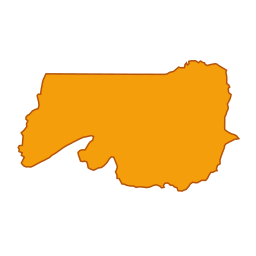 São Luiz do Norte, Goiás, Brazil, rotated 178°
{"feature_id": "56859067B41949017144878", "entity_name": "São Luiz do Norte", "entity_type": "district", "adm_level": 2, "iso_a3": "BRA", "parent_name": "Brazil", "parent_adm1": "Goiás", "projection": "mercator", "projection_center": [-49.272, -14.909], "detail": "fine", "context": "isolated", "style": "filled", "palette": "amber", "viewbox_px": 256, "rotation_deg": 178, "n_neighbors": 0, "source": "geoboundaries", "source_scale": "gbopen_adm2", "svg_char_len": 2545}
<svg xmlns="http://www.w3.org/2000/svg" viewBox="0 0 256 256"><g transform="rotate(178 128 128)"><path d="M208.1,185.0L211.1,179.0L212.1,175.6L212.6,172.7L213.2,170.7L213.5,168.7L213.9,166.9L214.0,164.9L216.5,164.9L217.7,163.4L216.9,159.8L216.5,157.7L216.1,153.6L217.1,150.6L220.1,149.7L222.9,148.4L224.7,146.4L226.1,145.0L228.1,144.1L229.6,142.3L229.7,140.4L227.9,138.7L229.3,135.8L229.1,132.9L231.9,129.5L234.9,126.9L233.1,123.8L233.6,119.5L234.2,114.4L237.3,114.1L238.4,112.2L237.5,110.7L237.8,108.3L234.6,106.9L235.6,104.5L232.7,102.5L233.6,100.8L235.8,96.7L233.9,94.1L231.3,92.7L228.9,92.7L226.6,92.4L224.6,93.1L217.7,96.5L215.9,97.4L212.7,98.7L210.3,99.9L207.7,101.1L204.8,103.5L202.5,104.7L200.8,105.7L198.1,107.5L193.5,110.6L191.4,111.8L188.5,113.3L185.5,114.6L183.3,115.8L180.0,117.3L177.6,118.4L175.7,119.2L172.5,120.5L170.3,120.6L166.3,121.5L164.3,121.5L162.7,120.6L163.8,117.0L166.6,115.2L168.6,112.4L170.3,109.7L171.8,107.6L175.0,107.8L177.2,106.9L178.8,105.3L178.4,102.5L177.4,99.6L176.6,96.6L174.3,96.0L172.3,96.4L170.5,95.6L169.7,93.2L169.2,89.7L166.8,88.2L163.7,87.0L158.8,89.2L156.0,89.4L153.2,91.3L150.8,93.6L149.4,95.4L147.7,97.9L145.7,99.7L143.4,99.4L141.9,95.6L140.7,92.1L140.0,89.7L140.8,86.8L142.0,84.7L140.7,81.4L140.7,78.1L138.6,77.7L136.0,72.3L133.6,72.0L131.3,70.8L127.9,70.0L124.5,69.8L122.0,68.4L118.7,68.9L114.3,68.3L111.1,67.8L108.1,68.3L105.5,69.4L103.5,70.0L101.1,70.1L98.1,68.7L96.7,67.1L94.0,67.4L94.6,69.2L93.3,71.2L91.3,71.8L89.4,71.2L87.7,69.4L85.2,69.2L83.9,67.6L81.1,66.6L80.2,63.6L76.1,63.1L74.3,63.9L71.9,64.7L70.1,66.7L68.8,68.2L67.8,69.9L65.2,71.5L62.9,71.0L60.6,70.9L56.4,73.0L54.6,73.1L52.3,72.9L50.4,74.8L49.3,76.9L48.3,78.7L46.8,80.7L44.4,80.9L42.6,81.9L40.4,82.3L41.1,84.0L39.9,87.5L37.2,89.0L37.2,92.7L36.1,96.1L34.5,100.1L33.4,102.5L32.4,105.1L32.1,106.9L31.0,108.5L27.8,110.2L24.5,111.7L21.3,113.2L19.5,113.1L17.6,113.5L19.8,116.3L21.5,117.4L24.6,118.5L27.1,119.8L29.3,121.3L31.4,123.1L31.4,125.2L30.9,135.7L29.6,137.9L28.6,141.1L27.6,142.7L27.1,144.8L27.8,148.6L26.7,150.4L25.4,152.7L24.4,155.2L23.8,157.9L25.9,159.5L26.4,161.5L26.3,164.3L24.9,165.4L25.9,167.5L27.8,169.0L27.6,173.4L27.6,176.7L28.3,180.1L27.5,182.3L35.4,187.4L36.9,188.7L38.7,189.2L40.7,188.9L44.0,188.4L46.2,187.7L48.4,188.6L49.3,190.5L51.0,190.9L53.3,192.4L55.3,190.8L58.1,192.8L62.3,192.9L64.9,192.5L64.8,190.1L66.5,189.0L67.3,191.1L68.8,189.4L69.4,186.4L73.4,186.4L75.2,187.1L80.5,182.9L84.3,182.2L86.7,180.8L89.2,180.3L111.4,181.2L113.3,181.2L208.1,185.0Z" fill="#f59e0b" stroke="#b45309" stroke-width="1.5"/></g></svg>